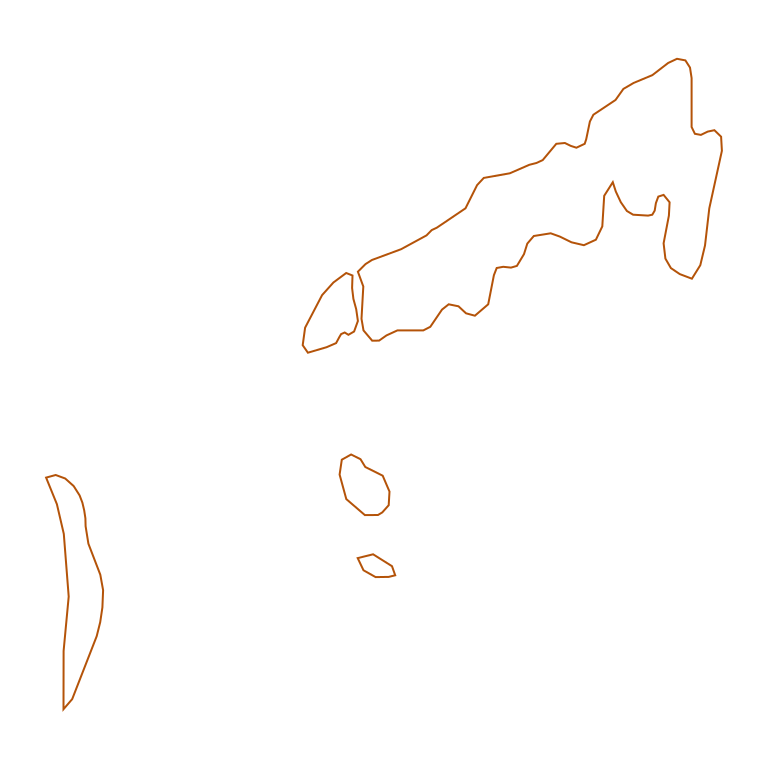 map outline of Tawi-Tawi (Robinson projection)
{"feature_id": "PHL-2511", "entity_name": "Tawi-Tawi", "entity_type": "Province", "adm_level": 1, "iso_a3": "PHL", "parent_name": "Philippines", "parent_adm1": "", "projection": "robinson", "projection_center": [119.911, 5.003], "detail": "fine", "context": "isolated", "style": "outline", "palette": "amber", "viewbox_px": 768, "rotation_deg": 0, "n_neighbors": 0, "source": "natural_earth", "source_scale": "10m", "svg_char_len": 1929}
<svg xmlns="http://www.w3.org/2000/svg" viewBox="0 0 768 768"><path d="M721.1,136.7L721.9,150.8L709.3,208.3L705.0,245.5L700.3,265.2L691.9,278.7L679.8,274.1L670.9,268.1L665.4,258.6L663.6,243.3L668.9,215.6L669.6,202.3L663.6,194.9L658.3,196.6L655.9,203.1L654.7,210.6L652.3,214.7L648.1,215.6L633.1,214.7L626.9,211.0L620.8,202.2L615.8,191.5L612.8,182.2L604.2,195.8L602.3,226.4L595.9,239.7L583.9,245.2L571.5,242.3L559.9,236.6L550.7,233.3L533.8,236.0L527.3,243.6L524.0,254.1L516.9,265.9L511.0,267.6L503.2,266.8L496.7,268.0L493.9,275.2L488.2,304.3L474.9,315.7L466.0,313.3L458.5,306.3L448.7,304.3L442.0,309.6L430.3,326.8L423.3,330.4L397.4,330.4L386.5,335.4L379.1,340.6L372.2,340.7L363.5,330.4L361.5,318.8L363.3,286.5L357.9,271.7L365.5,264.1L371.9,260.0L401.1,249.2L426.5,235.4L431.7,230.1L436.8,227.7L465.5,208.3L477.1,185.1L483.8,177.9L509.8,173.3L529.3,164.8L536.4,163.0L542.7,160.1L556.3,143.8L564.9,143.0L570.8,145.9L576.4,147.7L584.7,143.8L586.2,139.3L589.9,121.5L593.4,114.7L615.5,100.0L623.4,88.9L633.7,82.9L652.4,75.1L668.1,63.0L677.0,58.8L685.4,60.4L690.0,67.6L691.6,78.1L691.6,127.0L694.9,133.8L700.9,134.9L707.7,131.6L714.4,130.2L721.1,136.7ZM85.6,526.2L88.4,543.7L100.3,574.7L103.1,590.2L102.4,607.4L100.2,622.2L96.7,636.2L72.2,699.1L63.5,709.2L63.6,651.0L68.7,596.6L63.8,533.9L56.9,504.2L46.1,477.6L55.7,475.0L65.2,478.5L73.7,486.1L79.6,495.4L82.4,502.7L84.2,510.4L85.4,518.3L85.6,526.2ZM344.7,332.5L341.1,334.1L339.5,336.8L336.1,343.1L326.6,347.2L307.9,352.7L302.7,345.2L305.1,327.7L322.1,295.1L333.4,282.5L346.2,273.0L352.5,275.5L352.1,288.0L353.4,298.9L356.2,309.2L357.9,321.0L354.1,331.5L348.4,334.8L344.7,332.5ZM378.0,515.0L364.9,515.1L346.3,499.1L339.6,474.6L341.8,459.7L351.1,454.5L360.5,459.2L365.3,467.0L382.7,475.7L389.5,491.6L388.7,505.2L382.3,512.4L378.0,515.0ZM373.1,554.3L392.0,566.2L395.2,575.3L388.7,576.9L375.6,577.1L363.5,570.3L357.7,558.1L373.1,554.3Z" fill="none" stroke="#b45309" stroke-width="2"/></svg>